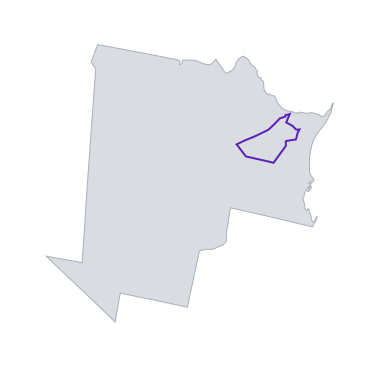 Boutilimitt, Trarza, Mauritania shown in context, rotated 193°
{"feature_id": "47542326B79459539986617", "entity_name": "Boutilimitt", "entity_type": "district", "adm_level": 2, "iso_a3": "MRT", "parent_name": "Mauritania", "parent_adm1": "Trarza", "projection": "orthographic", "projection_center": [-14.406, 17.884], "detail": "fine", "context": "in_parent", "style": "outline", "palette": "violet", "viewbox_px": 384, "rotation_deg": 193, "n_neighbors": 0, "source": "geoboundaries", "source_scale": "gbopen_adm2", "svg_char_len": 3826}
<svg xmlns="http://www.w3.org/2000/svg" viewBox="0 0 384 384"><g transform="rotate(193 192 192)"><path d="M168.4,334.5L167.9,334.4L165.6,332.7L164.4,330.8L162.6,329.3L160.0,328.4L158.3,327.3L157.5,326.0L156.6,325.2L155.6,324.7L155.5,324.3L155.7,323.7L155.5,322.5L153.9,319.9L152.5,318.8L151.3,319.0L150.6,318.7L150.2,318.1L150.1,317.3L149.2,316.5L147.8,316.2L146.7,314.3L145.8,310.8L144.7,308.1L143.3,306.1L142.3,305.4L141.6,305.3L141.3,305.0L141.1,304.4L140.1,304.2L138.6,304.8L137.2,304.6L136.6,303.6L135.6,303.6L134.5,304.4L133.2,304.1L131.8,302.9L131.0,301.6L130.8,300.4L128.4,297.9L123.7,294.2L118.5,292.5L113.0,292.7L109.9,292.6L109.2,292.0L108.5,292.0L107.8,292.7L107.1,292.8L106.3,292.5L105.8,292.7L105.6,293.7L103.7,294.2L100.0,294.2L96.9,294.7L94.7,295.8L91.4,296.3L87.2,296.1L84.7,295.7L83.8,295.0L82.6,294.8L81.1,295.2L79.7,297.0L78.4,300.3L77.4,302.2L76.6,302.6L75.7,305.1L75.2,309.2L74.4,311.0L74.5,300.7L75.7,296.9L76.2,293.5L78.8,286.1L81.9,280.0L84.8,272.0L85.9,264.1L85.6,256.4L84.9,249.6L83.5,245.1L82.2,238.5L80.2,235.1L76.6,232.0L75.8,230.2L76.6,229.6L78.9,229.2L80.3,226.8L77.3,227.7L80.9,220.5L82.0,215.7L81.9,212.4L82.5,210.5L79.9,206.1L77.9,200.7L76.9,199.8L75.8,199.4L75.7,200.6L75.1,201.8L73.8,201.1L71.6,197.1L68.5,190.7L67.4,190.0L66.5,190.9L65.9,191.7L64.8,197.0L64.5,194.9L65.0,192.4L65.8,189.3L66.7,185.1L69.5,185.1L74.4,185.2L84.1,185.2L89.0,185.3L98.8,185.3L103.7,185.4L113.5,185.4L118.4,185.4L128.2,185.4L133.1,185.3L142.9,185.3L147.8,185.3L151.0,185.2L150.8,182.2L150.6,179.8L150.4,176.5L150.2,173.3L149.9,170.1L149.7,167.1L149.5,164.1L149.3,161.2L149.1,158.7L148.8,157.2L147.8,154.3L147.5,152.8L147.8,151.3L148.5,149.8L150.3,147.1L153.2,145.1L156.4,142.7L158.9,140.9L160.2,140.4L164.1,139.8L167.2,138.4L170.2,137.0L171.4,136.3L171.5,133.8L170.6,78.7L185.1,78.5L189.0,78.5L215.8,77.9L219.6,77.8L239.1,77.3L239.0,74.7L238.8,71.0L238.6,65.9L238.3,60.8L237.9,51.8L237.7,48.0L241.7,50.4L249.5,55.2L253.5,57.5L261.4,62.3L269.3,67.0L277.3,71.7L281.3,74.0L285.3,76.4L289.3,78.7L293.3,81.1L301.3,85.7L304.6,87.7L309.8,90.8L314.6,93.7L319.5,96.7L312.3,97.0L302.7,97.5L296.2,97.8L289.4,98.1L283.1,98.4L284.0,103.6L284.9,109.2L285.8,114.8L286.7,120.5L287.6,126.1L290.3,143.0L291.3,148.7L292.2,154.3L293.1,160.0L294.0,165.6L295.8,176.9L296.7,182.6L297.6,188.2L298.5,193.9L299.4,199.5L300.2,205.2L302.0,216.5L302.9,222.2L303.8,227.9L304.7,233.5L305.6,239.2L306.5,244.8L307.3,250.5L308.2,256.2L310.0,267.5L310.8,273.2L311.7,278.8L312.6,284.5L313.4,290.0L316.1,292.8L319.5,296.2L318.8,301.4L318.0,307.6L317.0,314.4L307.9,314.8L299.0,315.2L276.7,316.1L272.2,316.3L249.8,317.1L245.3,317.2L236.7,317.5L234.1,317.4L233.2,316.9L232.8,313.4L232.0,313.7L231.1,314.7L230.7,315.8L230.9,317.3L230.8,318.5L227.9,319.1L224.0,320.0L219.9,320.7L215.8,320.6L214.3,320.3L212.8,319.9L209.5,319.5L207.7,319.5L205.7,319.6L203.3,320.0L202.5,320.6L200.7,323.2L199.0,326.3L197.8,326.3L196.5,324.7L192.8,321.6L188.5,317.6L186.5,315.6L185.4,315.4L183.3,316.9L181.6,318.3L179.8,320.3L179.0,322.2L178.3,324.4L178.1,327.1L177.4,330.2L175.9,332.7L174.2,334.6L172.9,335.5L172.3,336.0L168.4,334.5ZM78.9,222.4L77.5,224.6L76.9,223.7L76.7,222.3L77.9,220.2L78.5,219.1L79.6,218.7L78.9,222.4Z" fill="#d9dde1" stroke="#a8b0b8" stroke-width="1"/><path d="M119.1,238.8L110.9,258.2L111.9,261.7L111.9,262.1L111.8,262.8L105.1,265.6L104.6,265.8L102.7,266.4L102.5,267.5L102.4,271.2L102.4,273.4L101.3,277.1L104.6,276.2L108.4,278.7L108.5,278.9L115.8,281.0L115.1,285.6L114.3,290.0L115.8,289.1L118.3,287.8L118.1,286.5L123.0,283.4L124.3,281.1L124.7,280.5L124.9,280.2L125.2,279.8L125.5,279.3L125.7,279.0L125.8,278.8L125.9,278.4L126.4,277.8L126.5,277.4L131.3,270.2L132.6,269.0L135.5,266.6L142.1,261.3L145.6,258.7L152.2,254.1L159.2,248.4L147.5,238.8L144.7,238.8L139.9,238.8L125.5,238.9L119.1,238.8Z" fill="none" stroke="#5b21b6" stroke-width="2"/></g></svg>